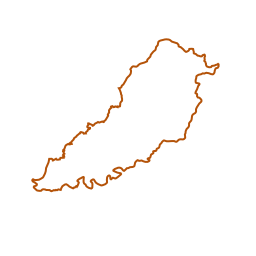 Lap Thach, Vĩnh Phúc, Vietnam, rotated 49°
{"feature_id": "81297802B47675849617506", "entity_name": "Lap Thach", "entity_type": "district", "adm_level": 2, "iso_a3": "VNM", "parent_name": "Vietnam", "parent_adm1": "Vĩnh Phúc", "projection": "natural_earth1", "projection_center": [105.476, 21.411], "detail": "fine", "context": "isolated", "style": "outline", "palette": "amber", "viewbox_px": 256, "rotation_deg": 49, "n_neighbors": 0, "source": "geoboundaries", "source_scale": "gbopen_adm2", "svg_char_len": 5900}
<svg xmlns="http://www.w3.org/2000/svg" viewBox="0 0 256 256"><g transform="rotate(49 128 128)"><path d="M141.4,20.8L140.9,19.2L139.4,17.9L138.7,18.0L138.6,19.2L138.0,20.3L137.6,21.8L136.3,23.8L136.2,24.2L136.5,25.0L136.5,25.4L135.4,26.9L133.6,28.0L132.9,28.1L131.8,27.8L131.2,27.5L130.4,26.8L129.7,26.7L128.7,26.2L127.4,26.4L126.8,25.3L125.3,24.3L124.8,23.7L124.3,22.7L123.0,22.1L122.6,22.3L122.5,23.0L122.0,23.9L122.3,24.8L122.3,25.2L121.9,25.9L121.0,26.6L119.9,27.2L119.0,28.0L116.6,28.3L115.0,29.3L114.7,29.3L113.4,28.2L112.1,27.7L111.5,27.2L111.1,27.0L110.9,27.1L109.8,28.2L108.6,29.8L109.0,30.2L109.4,31.7L108.9,33.8L108.4,34.4L106.8,34.7L104.6,34.7L101.5,35.2L100.6,35.8L99.7,36.2L99.1,35.9L98.4,35.3L96.4,35.3L91.6,38.2L89.2,38.6L88.0,39.2L86.3,40.8L85.4,42.0L83.3,46.1L82.9,47.4L83.0,48.7L85.0,51.3L85.3,53.6L86.9,55.7L87.1,56.2L87.0,58.8L87.4,61.3L87.7,62.7L88.8,64.4L89.1,68.3L89.3,68.8L90.2,69.9L89.4,72.6L87.7,76.2L87.4,77.2L87.3,79.1L87.5,79.9L87.3,81.2L87.1,81.6L84.9,83.6L84.7,84.0L84.6,85.0L85.2,87.7L86.5,88.0L87.2,88.5L88.5,90.0L88.9,90.8L89.4,92.8L89.4,94.3L89.7,96.4L90.5,98.1L92.1,103.0L92.0,104.9L92.7,105.9L92.8,107.2L92.5,108.0L92.0,108.8L93.7,109.1L96.8,110.3L98.0,111.1L99.3,111.4L100.4,112.4L102.2,113.4L103.5,114.6L103.7,116.4L104.2,117.6L105.6,118.9L106.1,119.8L106.3,119.9L105.8,121.0L104.8,121.7L104.7,121.9L104.9,122.1L105.2,122.3L103.3,123.5L103.3,124.4L102.8,125.2L101.3,125.4L100.7,126.6L100.7,126.8L101.8,127.3L101.7,128.7L102.2,130.7L104.0,132.2L104.1,133.1L104.8,134.6L105.3,134.6L105.7,134.9L107.2,139.5L107.3,140.3L107.1,141.8L107.6,142.4L107.5,142.6L107.0,142.9L106.5,142.9L106.2,143.2L105.0,146.2L103.8,146.7L103.6,148.1L103.1,149.8L103.1,150.6L103.4,152.0L103.2,153.2L103.0,153.3L102.3,153.0L99.4,154.4L98.8,154.5L98.6,154.8L98.4,155.1L99.0,155.6L99.7,155.9L99.9,157.3L100.4,158.0L100.8,158.1L101.3,158.0L103.0,156.6L103.5,157.0L103.5,157.8L103.1,158.9L103.0,159.4L103.6,160.4L103.6,162.7L103.8,163.2L104.4,163.4L104.0,163.9L103.2,165.1L102.2,164.9L100.6,165.9L100.2,166.2L100.0,166.7L100.1,167.1L100.5,167.4L100.6,167.7L100.3,168.2L100.3,171.0L100.2,171.4L100.2,171.8L100.6,172.5L100.3,175.1L100.5,175.8L100.9,176.3L101.0,176.7L101.2,179.0L101.4,180.2L101.5,180.7L101.2,181.4L101.4,181.7L102.0,181.7L102.1,180.5L103.1,180.9L102.6,181.6L102.4,182.3L102.0,182.9L101.5,183.4L100.8,183.5L100.5,184.7L100.3,186.4L100.6,187.2L101.6,188.9L102.3,190.7L102.9,190.6L103.3,190.9L103.4,191.1L103.2,191.3L102.4,191.6L103.0,192.4L103.7,192.4L104.7,192.8L105.7,192.9L105.5,194.2L106.7,194.4L107.9,195.0L107.8,195.5L106.6,194.9L106.5,195.4L107.3,195.6L108.2,196.1L106.2,198.6L107.0,200.1L106.6,200.5L106.0,201.7L105.0,202.6L104.0,202.5L103.3,206.0L103.2,206.1L102.3,205.5L101.2,205.8L99.6,207.7L101.8,210.5L104.5,216.1L106.6,218.4L107.9,220.5L109.3,223.9L109.5,224.8L109.1,227.3L108.6,229.2L106.7,231.9L105.5,232.9L104.4,233.3L104.4,234.0L104.6,234.5L104.9,234.7L105.9,234.9L107.9,234.1L110.6,233.6L111.0,234.0L111.3,234.6L111.1,235.5L110.4,237.2L110.7,237.8L111.1,238.1L114.4,237.8L115.2,237.7L115.9,237.3L117.3,236.1L118.1,235.1L118.4,234.5L118.2,233.4L118.3,232.8L118.7,232.1L120.0,230.9L121.1,230.4L123.5,227.8L124.5,227.7L125.4,227.3L125.9,226.1L126.3,224.6L127.2,224.1L127.4,223.0L128.3,222.5L128.5,222.2L128.6,220.9L130.6,219.4L129.7,217.9L128.9,215.7L129.2,213.1L129.4,212.4L130.0,211.5L131.4,211.0L133.5,210.7L134.5,210.4L137.2,209.2L137.6,208.9L137.5,207.8L138.0,207.3L138.0,207.0L137.9,205.1L138.0,204.9L138.8,205.0L138.5,203.9L137.0,201.0L136.2,200.8L135.0,201.0L134.7,200.9L134.4,200.2L134.5,198.1L135.0,196.4L135.3,194.7L135.7,193.8L135.9,193.7L136.2,193.7L138.7,196.2L139.7,197.0L141.0,197.5L141.9,197.4L142.8,197.1L144.5,197.6L145.9,197.4L147.8,196.7L149.6,195.4L149.7,194.5L149.4,193.9L147.1,191.7L146.4,191.3L145.5,191.0L144.3,191.2L143.7,191.0L143.4,189.9L143.8,188.2L144.3,187.7L144.8,187.6L147.2,188.0L148.7,188.0L149.4,187.8L150.9,187.3L153.4,186.1L154.1,185.5L154.6,184.5L155.5,182.0L155.5,179.9L155.2,179.4L153.2,177.9L151.7,176.3L151.3,175.6L151.1,174.4L151.4,173.4L151.8,173.2L152.7,173.1L154.8,174.6L155.4,174.6L155.6,174.5L155.7,174.2L155.5,172.7L155.5,172.2L155.8,171.9L157.4,171.0L158.0,170.4L158.3,168.2L158.4,164.0L158.2,163.4L157.4,163.2L154.7,165.3L150.8,167.1L150.5,167.0L150.2,166.6L150.3,164.8L151.5,161.5L152.2,160.6L152.6,160.2L153.3,159.8L154.3,159.4L156.8,159.5L157.3,159.4L157.8,159.0L157.8,157.2L157.6,155.3L158.5,154.0L158.9,152.2L160.5,150.0L160.9,148.7L160.8,148.0L158.8,145.3L158.5,144.1L158.5,142.0L158.8,141.7L159.7,141.4L160.3,140.9L161.5,139.0L163.1,138.3L165.0,137.1L166.4,135.4L166.8,133.9L166.7,133.3L166.4,132.9L165.8,133.0L164.9,133.4L164.4,133.5L164.1,133.3L164.1,132.7L164.2,132.4L164.8,131.4L164.8,130.5L163.3,128.2L163.2,127.7L163.6,126.1L163.6,125.4L163.3,125.0L162.4,124.6L162.2,124.2L162.6,123.2L163.4,122.3L163.6,121.6L163.4,121.1L162.8,120.4L162.6,119.8L163.0,118.5L163.1,117.4L162.7,116.6L161.4,114.8L161.3,112.8L160.8,111.2L160.8,109.5L161.0,109.0L163.4,107.5L164.4,106.4L167.0,103.0L168.2,101.7L169.5,101.1L170.2,100.4L170.3,99.7L170.2,97.6L170.4,96.7L171.1,95.6L172.7,94.0L173.1,92.8L172.9,91.3L172.6,91.0L170.2,89.3L169.6,88.0L168.3,86.6L167.8,85.7L167.2,84.3L167.1,82.3L166.8,81.2L166.2,80.3L164.5,78.8L164.2,77.7L163.9,75.5L163.2,74.3L160.9,71.7L160.5,70.7L160.4,69.7L160.8,67.5L160.5,66.3L160.2,65.8L158.6,64.5L158.2,63.9L157.5,62.3L156.3,58.2L156.2,55.6L156.1,55.2L155.2,54.3L154.3,54.1L152.3,54.2L151.8,54.4L150.9,55.2L150.4,55.2L149.2,55.0L148.3,54.0L147.5,53.6L147.0,53.7L146.3,54.2L145.9,54.2L145.2,53.3L144.0,50.3L142.7,48.1L142.2,47.0L142.2,46.2L141.8,45.3L141.5,45.1L141.0,45.2L138.9,46.8L138.5,47.0L137.7,46.8L136.2,45.5L135.1,43.8L133.9,42.5L133.8,41.8L134.1,39.9L135.4,37.5L135.8,35.7L136.9,34.8L137.7,32.7L139.6,31.1L141.9,29.9L143.1,28.8L143.3,28.3L143.2,27.6L143.0,26.7L142.5,25.9L141.6,24.9L140.6,22.9L140.7,22.2L141.4,20.8Z" fill="none" stroke="#b45309" stroke-width="2"/></g></svg>